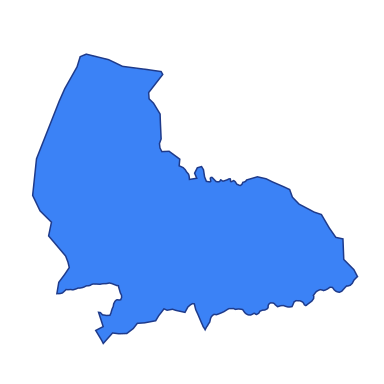 outline of Segou, Ségou, Mali, rotated 356°
{"feature_id": "8926073B86377774430631", "entity_name": "Segou", "entity_type": "district", "adm_level": 2, "iso_a3": "MLI", "parent_name": "Mali", "parent_adm1": "Ségou", "projection": "natural_earth1", "projection_center": [-5.995, 13.785], "detail": "fine", "context": "isolated", "style": "filled", "palette": "blue", "viewbox_px": 384, "rotation_deg": 356, "n_neighbors": 0, "source": "geoboundaries", "source_scale": "gbopen_adm2", "svg_char_len": 4202}
<svg xmlns="http://www.w3.org/2000/svg" viewBox="0 0 384 384"><g transform="rotate(356 192 192)"><path d="M39.1,200.2L49.7,212.3L45.9,225.8L61.5,247.1L63.4,253.4L64.3,258.8L59.1,265.5L52.8,272.8L50.2,283.6L50.1,284.0L51.2,284.0L51.9,284.1L53.5,284.1L53.9,284.0L55.6,283.7L57.2,282.5L58.4,281.5L59.1,281.0L59.5,280.5L61.4,280.8L61.8,280.8L63.2,280.8L64.1,280.8L65.4,281.1L66.4,281.3L67.9,281.0L69.9,280.5L71.0,280.1L71.7,279.9L73.4,280.0L76.0,279.7L77.8,279.2L78.1,279.1L78.9,278.7L79.6,278.5L80.2,278.2L81.2,278.3L81.9,278.3L83.1,278.2L84.3,277.9L85.1,277.3L86.3,277.0L87.0,276.9L87.7,276.9L88.3,277.0L89.4,277.1L90.0,277.1L90.7,277.2L92.3,277.4L93.8,277.6L96.1,277.3L98.0,277.3L99.1,277.4L99.9,277.4L100.5,277.4L103.2,277.0L105.5,277.7L107.6,278.7L109.1,279.4L109.4,279.5L110.2,280.0L112.0,280.3L112.2,281.8L113.5,287.7L114.5,290.1L114.4,292.5L113.8,293.5L113.4,294.5L111.7,294.7L110.3,294.3L109.1,294.4L107.6,295.6L106.1,298.0L105.4,300.8L104.3,302.8L103.4,305.0L102.7,307.1L101.5,309.3L98.0,309.2L95.7,308.6L94.2,308.3L93.4,307.4L92.2,305.9L90.4,305.5L94.0,320.1L90.2,321.7L86.3,323.4L91.7,334.0L92.9,336.9L102.9,327.1L109.1,328.3L117.1,328.6L123.9,324.1L128.3,319.2L135.6,319.2L146.8,317.9L150.2,313.0L153.1,309.8L155.9,306.6L158.9,308.2L164.4,307.6L167.5,308.9L176.6,311.6L179.9,306.4L182.6,304.4L184.7,303.4L186.5,303.7L187.5,309.6L189.3,314.3L192.4,323.3L193.3,325.7L193.7,327.0L194.4,328.2L195.3,329.8L195.5,330.3L195.8,329.8L197.2,327.5L198.1,326.5L199.1,324.9L200.6,323.0L201.7,319.4L202.5,317.9L203.6,316.8L203.8,316.6L205.4,315.6L208.0,316.1L208.5,315.9L209.7,315.6L212.8,314.6L215.5,313.6L218.8,311.8L219.0,311.7L220.7,310.9L225.5,311.2L227.0,312.1L230.1,311.9L232.5,312.3L234.3,312.8L236.2,316.0L237.6,317.4L239.5,318.5L241.9,318.8L243.8,318.1L244.8,317.6L245.5,317.3L246.3,317.6L246.7,318.2L247.2,318.4L247.8,318.7L250.1,317.6L251.0,316.3L251.5,315.6L254.1,314.8L256.1,314.8L256.7,314.7L258.1,314.1L259.0,313.7L259.8,312.7L260.1,310.4L260.7,309.4L261.0,309.1L261.4,308.8L261.7,308.6L262.5,308.1L262.8,308.1L263.0,308.1L265.2,308.4L265.4,308.5L265.8,308.8L266.2,309.0L266.5,309.2L267.0,310.1L269.4,312.4L272.2,311.7L273.0,311.6L273.6,311.6L275.5,311.7L277.2,312.5L279.4,313.3L280.1,313.4L281.5,313.5L282.9,313.4L283.8,313.3L285.0,311.1L285.8,309.5L286.0,309.0L286.3,308.6L286.6,308.6L287.9,307.7L288.0,307.7L288.3,307.7L290.4,307.9L291.4,308.0L291.8,308.0L292.3,308.1L294.7,309.5L295.5,310.6L296.2,312.3L297.4,313.2L298.3,313.0L298.5,312.7L299.7,311.9L303.9,309.2L305.9,306.8L306.2,304.7L306.1,304.3L305.8,303.6L306.3,303.1L307.5,301.7L308.4,300.7L309.0,300.1L309.3,299.9L309.7,299.7L310.7,299.2L310.9,299.1L312.8,298.4L313.0,298.4L313.4,298.4L315.0,298.9L315.7,299.1L316.2,299.5L318.2,299.1L318.7,298.9L319.3,298.6L320.4,298.2L320.5,298.2L321.0,297.8L321.9,297.3L322.9,296.7L323.8,296.7L324.1,296.8L325.2,296.9L326.0,297.8L327.0,299.5L328.6,301.0L329.9,301.7L332.0,302.3L333.2,301.9L334.5,301.4L338.4,297.6L338.8,297.3L339.7,296.5L340.7,296.7L341.5,296.5L341.8,296.4L343.3,296.1L345.5,294.3L347.4,291.2L350.3,288.6L350.5,288.4L351.2,288.0L348.1,280.8L338.7,269.9L339.3,249.3L332.3,247.3L326.5,237.6L319.5,223.5L312.5,220.6L298.0,211.6L291.8,204.2L289.6,196.4L284.1,193.3L272.7,187.4L266.9,184.0L258.3,181.4L247.3,183.8L246.2,185.1L244.7,185.7L243.4,185.9L243.1,186.5L242.2,188.0L240.6,188.9L239.3,188.5L238.3,187.8L237.5,187.6L236.9,186.7L235.9,184.8L234.4,183.5L233.2,184.0L232.2,184.4L231.5,184.4L231.2,184.0L231.2,181.9L231.0,181.5L229.8,181.5L227.9,182.3L225.3,183.0L224.0,183.3L223.2,183.2L222.7,182.8L222.1,182.2L221.4,181.9L220.8,182.9L219.9,183.6L218.6,183.7L216.7,183.2L213.8,179.7L212.9,178.8L212.0,178.8L211.2,179.5L211.3,181.1L211.5,182.5L210.6,183.2L207.1,182.4L205.6,177.8L205.0,170.6L203.3,167.3L199.0,168.2L195.9,173.4L197.7,178.6L190.3,179.3L190.3,177.4L190.2,175.7L189.8,174.0L188.0,171.6L186.8,169.3L184.9,167.1L182.4,165.7L181.0,165.0L182.1,158.4L172.0,149.8L164.7,149.6L163.1,145.8L162.9,141.4L164.9,136.9L165.3,121.0L165.6,112.0L159.8,100.7L155.7,96.1L155.7,89.8L171.0,72.7L169.6,69.7L157.1,67.0L131.4,61.8L118.1,54.2L96.1,47.1L89.9,49.2L86.1,59.1L72.3,80.0L65.9,92.1L39.2,148.0L32.8,184.3L39.1,200.2Z" fill="#3b82f6" stroke="#1e3a8a" stroke-width="1.5"/></g></svg>